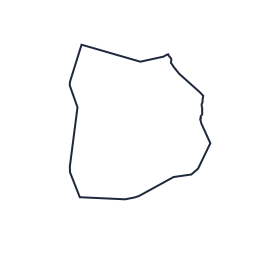 outline of Saint Thomas, rotated 119°
{"feature_id": "BRB-1999", "entity_name": "Saint Thomas", "entity_type": "Parish", "adm_level": 1, "iso_a3": "BRB", "parent_name": "Barbados", "parent_adm1": "", "projection": "orthographic", "projection_center": [-59.606, 13.184], "detail": "fine", "context": "isolated", "style": "outline", "palette": "slate", "viewbox_px": 256, "rotation_deg": 119, "n_neighbors": 0, "source": "natural_earth", "source_scale": "10m", "svg_char_len": 769}
<svg xmlns="http://www.w3.org/2000/svg" viewBox="0 0 256 256"><g transform="rotate(119 128 128)"><path d="M129.6,47.0L138.0,50.1L148.8,64.4L182.1,85.4L185.4,88.4L191.8,96.0L211.9,136.6L194.9,157.2L190.1,160.1L134.4,182.2L118.9,199.7L115.5,201.2L77.7,209.0L64.0,149.3L48.3,131.5L45.3,129.8L44.1,128.5L44.8,128.0L45.3,126.7L46.1,124.5L46.7,123.6L47.6,123.0L50.0,122.2L52.5,117.5L55.8,109.4L62.0,82.1L63.4,77.8L67.8,76.2L68.9,75.5L69.3,75.3L69.8,75.3L70.7,75.3L71.1,75.1L71.5,75.1L72.1,74.8L72.9,74.3L75.5,72.1L75.9,72.1L76.2,71.9L77.0,71.6L77.4,71.3L79.0,70.3L79.5,69.9L80.1,69.8L80.9,69.8L81.5,69.9L81.9,69.9L82.6,70.1L83.0,69.9L83.6,69.4L84.1,68.9L84.4,68.8L84.8,68.9L85.2,69.2L88.7,65.8L101.4,48.6L129.6,47.0Z" fill="none" stroke="#1e293b" stroke-width="2"/></g></svg>